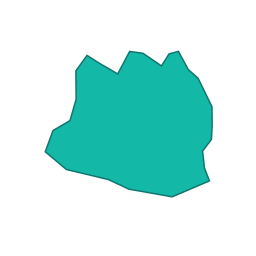 outline of Trosa, Södermanland, Sweden, rotated 64°
{"feature_id": "70781695B57968979850180", "entity_name": "Trosa", "entity_type": "district", "adm_level": 2, "iso_a3": "SWE", "parent_name": "Sweden", "parent_adm1": "Södermanland", "projection": "equal_earth", "projection_center": [17.46, 58.899], "detail": "fine", "context": "isolated", "style": "filled", "palette": "teal", "viewbox_px": 256, "rotation_deg": 64, "n_neighbors": 0, "source": "geoboundaries", "source_scale": "gbopen_adm2", "svg_char_len": 465}
<svg xmlns="http://www.w3.org/2000/svg" viewBox="0 0 256 256"><g transform="rotate(64 128 128)"><path d="M81.2,49.1L79.4,58.6L86.9,70.7L67.4,81.8L61.4,90.7L59.9,93.0L74.9,113.5L56.9,125.6L44.8,133.0L53.8,149.8L79.4,162.0L95.9,176.9L97.4,196.5L113.1,212.8L138.4,201.5L165.6,168.4L183.4,154.0L209.2,118.5L211.2,78.0L197.4,76.8L181.5,71.1L174.8,58.0L162.9,51.4L145.7,43.2L113.9,43.2L101.9,48.2L81.2,49.1Z" fill="#14b8a6" stroke="#0f766e" stroke-width="1.5"/></g></svg>